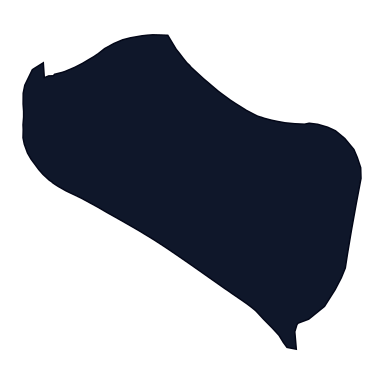 the district of Lagos Island, Nigeria
{"feature_id": "59680162B72688390978538", "entity_name": "Lagos Island", "entity_type": "district", "adm_level": 2, "iso_a3": "NGA", "parent_name": "Nigeria", "parent_adm1": "", "projection": "mercator", "projection_center": [3.394, 6.453], "detail": "fine", "context": "isolated", "style": "filled", "palette": "ink", "viewbox_px": 384, "rotation_deg": 0, "n_neighbors": 0, "source": "geoboundaries", "source_scale": "gbopen_adm2", "svg_char_len": 1427}
<svg xmlns="http://www.w3.org/2000/svg" viewBox="0 0 384 384"><path d="M296.3,349.2L294.8,331.7L296.9,324.7L298.0,323.2L308.8,319.1L324.5,306.4L335.1,289.7L341.3,277.8L345.3,268.0L347.4,254.4L351.4,230.5L356.3,203.3L361.0,178.4L360.7,167.7L357.3,157.5L353.9,149.5L344.8,138.5L335.5,130.8L327.7,127.2L317.8,124.3L309.2,123.2L304.5,124.2L294.4,123.7L285.0,122.8L277.4,121.4L271.6,120.2L264.3,118.3L261.2,117.2L260.7,117.1L257.5,116.1L254.7,114.7L252.4,113.5L245.9,110.1L245.5,109.8L235.0,103.2L230.0,99.9L220.9,93.2L218.0,91.0L203.4,78.6L197.3,73.0L191.0,67.2L189.5,65.3L186.8,62.8L182.9,57.9L179.5,53.4L176.2,49.3L171.5,41.5L167.8,35.3L160.5,35.0L152.7,34.8L147.4,35.2L141.9,35.8L130.4,37.8L122.6,39.8L113.9,43.5L104.6,48.6L97.8,54.0L97.1,54.4L93.9,56.6L88.6,59.7L82.6,63.3L74.8,67.3L64.9,71.5L62.1,72.4L54.5,74.3L53.4,75.8L48.7,75.9L44.3,77.7L43.3,62.8L32.4,69.6L24.8,85.2L23.2,93.2L23.1,104.0L23.6,111.2L23.6,117.0L23.0,124.8L23.2,129.5L23.0,137.8L24.3,144.2L27.5,153.0L31.1,159.2L38.8,169.6L43.1,174.5L49.3,180.2L52.2,182.1L52.3,182.5L55.2,184.5L58.5,186.6L65.9,190.8L71.1,193.3L81.2,198.1L97.4,206.9L107.2,212.6L120.4,220.0L138.2,230.2L153.8,239.7L164.9,246.9L176.4,254.7L190.9,264.7L225.0,288.7L227.6,290.4L232.4,293.8L240.3,299.2L246.8,303.7L251.3,307.1L254.4,309.6L255.8,310.8L263.8,319.4L272.3,328.0L279.0,335.3L281.2,338.9L283.4,342.5L287.0,347.4L296.3,349.2Z" fill="#0f172a" stroke="#020617" stroke-width="1.5"/></svg>